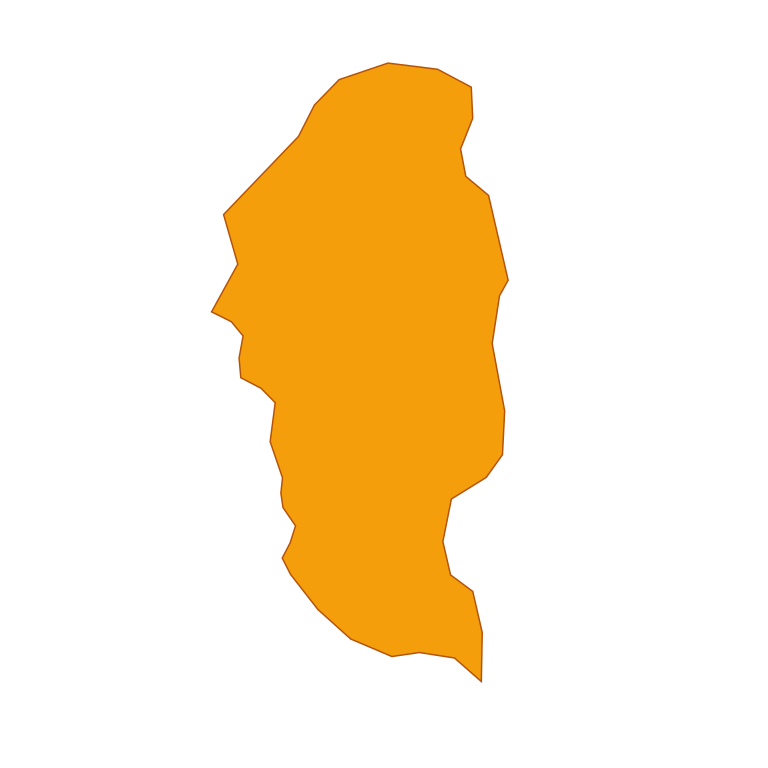 the border of Otuke, rotated 257°
{"feature_id": "UGA-5607", "entity_name": "Otuke", "entity_type": "District", "adm_level": 1, "iso_a3": "UGA", "parent_name": "Uganda", "parent_adm1": "", "projection": "robinson", "projection_center": [33.299, 2.481], "detail": "fine", "context": "isolated", "style": "filled", "palette": "amber", "viewbox_px": 768, "rotation_deg": 257, "n_neighbors": 0, "source": "natural_earth", "source_scale": "10m", "svg_char_len": 710}
<svg xmlns="http://www.w3.org/2000/svg" viewBox="0 0 768 768"><g transform="rotate(257 384 384)"><path d="M116.7,330.4L143.0,294.2L179.1,268.9L219.5,250.1L237.3,245.7L250.3,256.8L265.7,265.9L286.4,257.8L300.9,259.0L315.4,264.0L353.4,260.1L390.3,273.8L407.4,263.3L422.3,245.9L441.8,248.6L462.5,257.5L479.0,249.3L493.1,232.2L533.7,268.5L585.2,265.8L644.5,356.4L671.5,379.0L690.7,408.8L695.8,460.0L678.6,507.0L653.6,535.8L622.9,530.2L595.9,511.5L567.9,510.4L544.2,528.3L457.2,528.3L444.0,516.4L399.1,498.5L330.6,495.5L288.4,483.5L270.0,462.6L256.8,423.8L217.2,405.9L183.0,405.9L161.9,423.8L119.7,423.8L72.2,411.9L101.2,391.0L114.4,358.1L116.7,330.4Z" fill="#f59e0b" stroke="#b45309" stroke-width="1.5"/></g></svg>